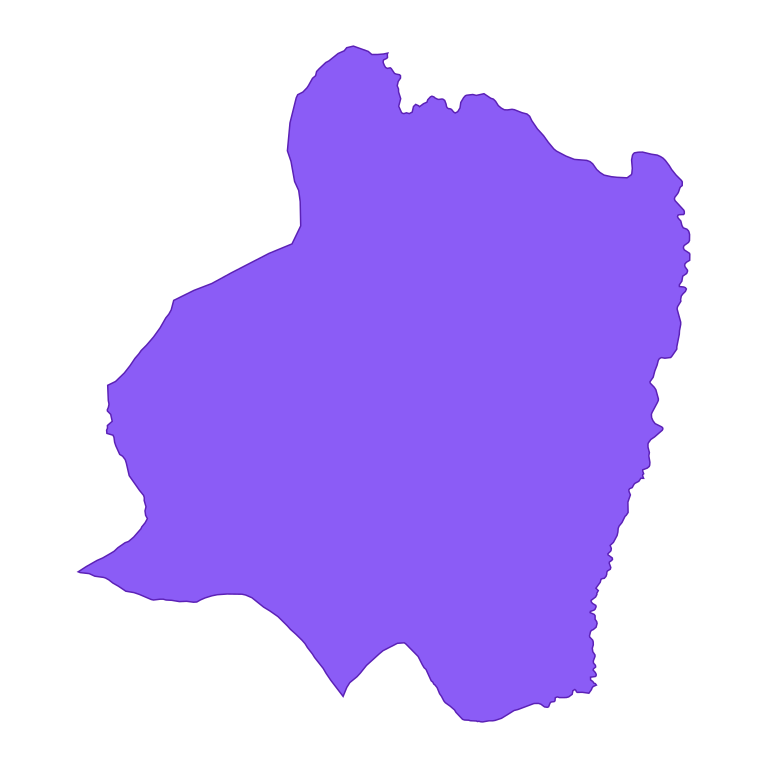 outline of Adi Keyh, Debub, Eritrea
{"feature_id": "51966322B55590653223248", "entity_name": "Adi Keyh", "entity_type": "district", "adm_level": 2, "iso_a3": "ERI", "parent_name": "Eritrea", "parent_adm1": "Debub", "projection": "albers", "projection_center": [39.429, 14.884], "detail": "fine", "context": "isolated", "style": "filled", "palette": "violet", "viewbox_px": 768, "rotation_deg": 0, "n_neighbors": 0, "source": "geoboundaries", "source_scale": "gbopen_adm2", "svg_char_len": 6067}
<svg xmlns="http://www.w3.org/2000/svg" viewBox="0 0 768 768"><path d="M387.8,53.1L383.5,54.0L377.4,54.5L371.8,54.5L368.2,51.4L353.4,46.1L346.7,47.7L344.2,50.8L338.1,53.5L328.9,60.9L325.8,62.5L319.1,68.8L316.6,71.5L315.6,75.7L312.5,78.3L308.4,85.7L306.9,87.9L302.8,92.1L297.7,94.7L296.2,97.9L290.0,122.8L287.4,150.8L291.0,161.4L294.6,181.5L298.7,190.5L300.2,201.6L300.7,225.9L292.0,243.9L269.0,253.4L231.2,272.9L211.8,283.5L193.9,290.4L173.7,300.4L171.2,309.9L168.8,314.2L165.8,317.9L160.2,327.7L153.6,336.9L146.4,345.3L141.2,350.5L138.8,353.9L135.0,358.3L130.1,365.6L124.3,373.0L115.5,381.5L107.7,385.3L108.3,400.6L109.0,404.1L108.4,407.3L107.3,409.8L107.4,411.0L110.7,414.4L112.2,421.3L107.4,425.5L107.5,428.2L106.6,430.2L106.9,433.4L113.0,435.2L114.0,437.4L114.6,442.2L115.8,445.8L119.7,454.4L122.6,456.2L125.2,459.6L126.3,463.0L129.2,475.7L139.6,490.5L143.6,495.4L144.3,497.7L144.2,500.6L146.0,506.8L145.0,510.9L145.6,515.3L147.4,518.6L145.1,522.8L141.7,527.0L141.0,528.7L133.7,537.1L128.5,541.5L125.1,542.7L118.0,547.6L114.2,551.2L110.6,553.4L102.6,558.0L97.1,560.4L86.2,566.6L78.2,571.8L80.2,572.6L89.2,573.6L94.8,576.2L103.5,577.4L105.5,578.0L108.9,579.9L112.8,583.0L118.4,586.2L125.8,591.2L134.0,592.6L139.3,594.4L151.2,599.5L153.5,600.0L160.2,599.2L163.3,599.2L166.0,600.0L171.7,600.3L179.4,601.6L186.6,601.3L193.5,602.2L196.8,602.0L200.5,599.9L205.1,597.9L211.9,595.8L217.3,594.7L227.1,594.0L241.9,594.2L245.6,595.0L251.9,597.7L263.6,607.1L269.7,610.8L278.0,616.6L287.4,625.9L290.4,629.3L296.1,634.4L302.2,640.4L305.0,643.6L307.4,647.5L312.5,654.1L314.6,657.5L323.2,668.4L326.0,673.2L330.8,680.3L343.1,696.4L346.8,687.4L349.8,682.6L357.0,676.7L360.4,673.0L366.5,665.4L379.2,653.9L383.0,650.7L397.4,643.3L404.3,642.8L405.9,644.0L418.1,656.4L422.3,664.7L424.1,667.7L426.0,669.4L431.2,680.8L432.8,682.1L433.8,684.1L434.9,684.9L437.1,687.6L439.6,693.7L441.5,696.4L443.9,701.0L445.3,702.7L450.2,706.2L454.5,709.9L456.0,712.4L462.5,719.3L464.5,720.0L468.8,720.2L470.2,720.7L476.5,721.0L477.3,721.5L479.0,721.3L480.8,721.8L482.8,721.9L489.0,720.8L492.7,720.8L495.1,720.4L501.5,718.3L514.1,710.5L518.0,709.5L534.0,703.5L538.5,703.4L540.9,704.2L544.5,706.9L547.3,707.3L548.6,706.8L550.0,703.2L551.1,702.0L554.2,701.6L555.0,700.8L555.3,697.7L557.3,696.9L559.5,697.6L563.9,697.6L566.4,697.5L568.7,696.9L572.2,694.3L572.9,690.7L574.8,689.5L575.8,690.3L576.4,691.7L577.2,692.4L582.2,692.3L588.9,693.2L591.4,689.7L592.1,687.9L593.2,686.5L596.4,685.1L595.3,683.6L594.1,683.3L592.7,681.4L590.6,679.9L590.5,677.2L595.3,676.5L596.1,675.8L596.2,674.3L595.3,672.5L593.1,670.0L593.6,668.7L595.6,667.1L595.6,666.0L595.2,665.0L593.5,663.1L593.3,661.0L595.0,656.5L595.0,655.0L592.8,651.7L592.3,648.2L593.3,644.9L593.2,641.9L592.7,640.2L589.7,637.0L589.5,635.8L590.6,631.4L591.7,630.3L593.4,629.5L596.1,627.2L597.1,623.4L596.7,621.6L595.1,619.3L595.1,615.7L594.2,614.4L590.1,612.6L590.4,611.4L593.9,610.2L595.0,609.3L596.1,606.8L595.8,605.4L592.5,603.4L591.2,601.7L591.1,600.4L595.6,597.0L596.9,594.5L596.8,593.3L598.3,590.6L595.9,588.2L600.2,582.3L601.0,579.3L602.3,578.6L604.3,578.3L606.0,576.4L606.7,574.4L606.8,572.6L607.3,571.1L610.3,569.2L610.8,567.5L609.2,563.2L609.4,562.0L611.6,560.5L612.5,559.4L612.3,558.0L608.0,554.8L607.9,553.8L610.7,551.1L611.1,550.2L611.3,548.3L610.1,545.4L613.4,542.4L617.1,535.5L617.9,532.0L618.2,528.3L619.1,526.1L622.0,522.5L625.0,516.4L626.3,515.2L628.1,512.5L627.9,502.1L630.4,494.9L629.1,491.7L628.8,490.0L629.6,488.7L632.2,487.6L634.0,484.3L635.0,483.3L638.8,481.3L640.8,478.3L643.6,478.3L642.6,475.8L642.8,474.5L643.7,473.8L642.7,471.1L642.7,469.8L647.3,468.1L649.2,466.5L649.7,465.2L649.9,462.3L648.8,455.8L649.4,452.6L648.0,447.1L648.0,444.0L648.3,443.0L650.8,439.5L654.6,436.9L662.3,430.2L662.9,428.9L662.6,427.7L661.7,426.9L655.1,423.6L653.0,420.8L651.6,417.6L651.4,414.3L652.0,412.6L657.2,402.9L658.3,400.5L658.4,398.9L655.9,389.8L654.2,387.2L650.3,383.2L649.9,381.9L653.2,377.2L654.8,371.0L657.1,365.1L658.3,360.4L659.1,359.0L660.4,358.0L661.6,357.6L664.8,358.2L670.7,357.5L671.8,356.3L676.8,349.1L676.8,346.8L679.3,334.3L679.5,330.7L680.7,324.5L680.7,322.1L677.1,309.0L677.5,306.8L680.9,301.2L680.6,299.6L681.3,296.0L682.8,294.0L685.4,291.4L686.4,289.0L685.4,287.7L683.8,287.0L679.4,286.5L679.3,284.9L681.9,281.1L682.7,276.2L686.7,273.4L687.5,271.4L687.5,270.2L685.1,266.9L684.7,265.6L684.9,264.0L686.5,262.2L689.7,260.3L689.8,254.3L689.5,253.3L684.3,249.9L683.4,248.0L683.7,246.3L684.3,245.4L688.5,242.4L689.5,240.5L689.6,234.5L689.0,232.1L688.5,230.9L686.9,229.2L683.2,227.8L681.9,225.4L680.8,221.0L678.2,218.1L677.5,216.7L678.0,215.2L679.2,214.7L683.6,214.5L684.3,213.6L684.3,211.6L683.9,210.3L675.1,200.7L674.4,199.0L674.8,197.3L677.8,193.4L678.6,191.8L679.9,187.9L680.6,186.8L682.2,185.6L682.3,181.9L681.5,180.5L676.1,175.1L671.6,169.5L669.3,165.7L665.4,160.5L663.1,158.2L660.6,156.6L657.3,155.1L651.4,154.2L642.6,152.1L638.2,152.2L634.6,152.8L633.6,153.5L632.5,155.2L631.6,160.0L632.3,168.4L631.8,173.6L631.3,174.7L627.1,177.8L617.0,177.3L611.4,176.7L604.1,175.1L600.0,172.5L596.7,169.5L592.7,163.8L590.0,161.6L586.8,160.4L574.4,159.4L566.0,156.1L556.5,151.1L553.8,148.9L548.3,142.3L543.5,135.6L537.4,128.9L531.8,120.7L529.7,116.3L527.0,114.0L522.0,112.7L514.4,109.7L512.0,109.3L507.6,109.9L504.4,109.8L501.3,108.1L498.3,105.6L495.6,101.3L493.4,99.1L490.7,98.2L484.0,93.7L476.3,95.4L472.8,94.5L466.8,95.2L465.4,95.7L463.6,97.7L460.8,102.4L460.0,107.9L457.7,111.7L455.2,113.0L453.6,112.0L451.5,109.4L449.9,108.7L448.4,108.6L447.3,107.9L446.5,106.5L446.1,104.1L444.7,100.4L443.0,99.2L442.0,99.0L438.9,99.4L437.8,99.3L435.1,98.0L433.9,96.9L431.9,96.2L430.4,96.9L427.8,99.7L426.9,102.2L423.5,103.7L419.5,106.7L418.7,105.8L415.7,104.4L413.5,106.5L412.2,112.1L409.3,113.6L406.4,112.8L403.9,113.6L402.5,113.3L401.5,112.5L398.7,106.2L400.7,98.7L398.6,92.0L398.5,88.9L397.2,85.8L398.2,81.5L400.5,78.1L400.5,75.7L399.5,74.7L396.2,74.1L394.5,73.4L391.2,68.5L390.2,67.8L387.4,68.4L385.6,67.5L384.4,65.5L383.2,62.6L383.2,61.0L383.6,59.9L386.7,58.4L387.5,57.5L387.3,54.4L387.8,53.1Z" fill="#8b5cf6" stroke="#5b21b6" stroke-width="1.5"/></svg>